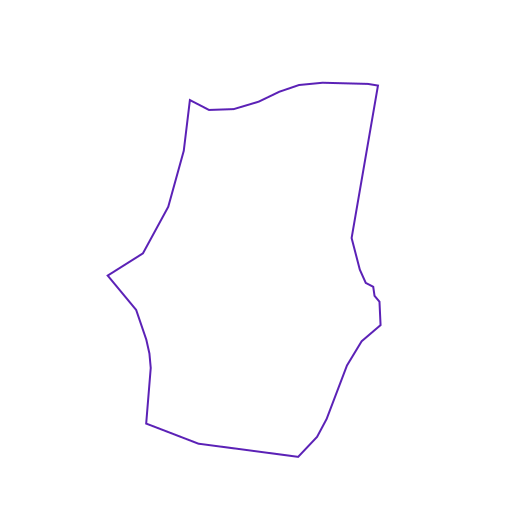 Rio Claro-Mayaro, Mercator projection, rotated 195°
{"feature_id": "TTO-55", "entity_name": "Rio Claro-Mayaro", "entity_type": "Region", "adm_level": 1, "iso_a3": "TTO", "parent_name": "Trinidad and Tobago", "parent_adm1": "", "projection": "mercator", "projection_center": [-61.112, 10.272], "detail": "fine", "context": "isolated", "style": "outline", "palette": "violet", "viewbox_px": 512, "rotation_deg": 195, "n_neighbors": 0, "source": "natural_earth", "source_scale": "10m", "svg_char_len": 545}
<svg xmlns="http://www.w3.org/2000/svg" viewBox="0 0 512 512"><g transform="rotate(195 256 256)"><path d="M318.7,65.7L328.7,120.6L333.7,134.2L340.3,146.8L357.8,172.9L394.2,198.7L365.9,229.3L353.5,280.8L353.0,338.9L360.2,389.5L339.2,384.9L315.6,392.1L293.3,405.8L276.0,420.7L258.7,432.3L236.5,440.6L192.4,451.2L182.3,452.2L168.3,298.1L152.2,269.7L143.0,258.4L134.8,256.6L131.2,248.2L124.9,243.8L117.8,221.5L131.9,201.0L139.8,173.8L145.6,116.9L150.2,97.1L163.3,72.9L263.0,59.8L318.7,65.7Z" fill="none" stroke="#5b21b6" stroke-width="2"/></g></svg>